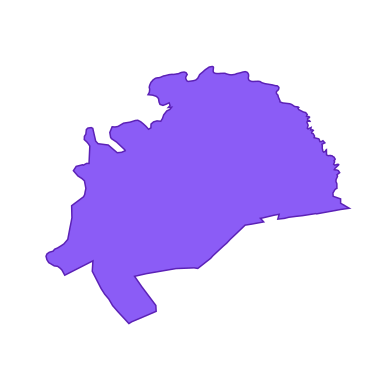 outline of Fresnillo de Trujano, Oaxaca, Mexico, rotated 82°
{"feature_id": "50627088B98936823972638", "entity_name": "Fresnillo de Trujano", "entity_type": "district", "adm_level": 2, "iso_a3": "MEX", "parent_name": "Mexico", "parent_adm1": "Oaxaca", "projection": "natural_earth1", "projection_center": [-98.145, 17.929], "detail": "fine", "context": "isolated", "style": "filled", "palette": "violet", "viewbox_px": 384, "rotation_deg": 82, "n_neighbors": 0, "source": "geoboundaries", "source_scale": "gbopen_adm2", "svg_char_len": 4252}
<svg xmlns="http://www.w3.org/2000/svg" viewBox="0 0 384 384"><g transform="rotate(82 192 192)"><path d="M180.9,47.0L180.4,46.7L179.9,45.8L179.1,45.7L178.4,46.1L177.4,46.4L177.0,46.8L176.9,47.0L176.4,47.6L176.0,48.0L175.7,48.2L175.3,49.3L175.4,49.5L175.1,49.8L175.0,50.7L175.0,52.1L174.4,53.0L173.9,53.6L168.9,53.0L169.4,53.9L170.4,54.3L170.8,56.1L169.5,56.9L168.5,56.7L167.5,56.9L166.4,56.9L164.4,56.5L162.8,56.7L161.8,53.6L159.4,55.2L160.1,56.8L159.9,58.3L157.4,58.8L156.9,59.3L155.2,63.5L153.6,62.9L151.1,63.9L150.4,65.2L149.4,65.2L147.9,63.3L147.3,63.8L147.0,65.9L144.7,65.1L145.7,68.3L145.1,68.9L143.8,68.5L142.0,67.7L139.0,68.5L138.0,68.0L138.4,65.4L137.7,65.7L136.8,67.5L135.3,67.3L134.7,65.4L134.2,65.2L133.6,65.8L133.1,68.1L131.2,67.1L130.1,67.9L129.2,68.3L128.2,70.7L125.2,74.9L123.8,75.4L123.1,74.5L122.5,75.2L122.0,77.1L121.6,78.5L119.2,81.1L118.2,82.9L117.6,85.2L116.4,89.8L114.9,92.4L113.6,92.2L112.6,92.6L111.6,92.8L110.8,93.1L109.6,93.3L109.0,93.4L108.1,93.4L106.7,94.4L105.7,94.7L104.6,94.5L103.8,93.7L103.2,92.7L102.3,91.9L101.5,91.6L100.5,91.4L100.2,91.6L99.5,92.1L98.8,92.7L98.6,93.1L98.5,94.1L97.8,95.9L97.1,97.5L95.8,101.7L94.9,104.6L93.5,107.6L92.1,109.2L91.6,110.8L91.4,112.6L91.3,113.6L91.2,114.7L91.1,116.1L90.8,117.5L90.4,118.4L89.9,119.2L89.4,119.8L88.5,120.3L87.1,120.4L86.2,120.2L85.1,119.8L84.1,119.7L83.9,119.7L83.3,119.7L82.4,120.0L81.6,120.4L80.9,121.0L80.5,122.0L80.2,122.6L80.3,125.2L80.7,127.6L81.0,131.3L81.5,133.0L81.5,136.5L81.2,138.0L80.8,139.2L80.2,140.6L79.7,141.7L79.0,142.9L78.5,147.1L78.5,148.2L78.3,149.8L78.1,151.1L77.7,152.5L77.1,153.5L76.1,154.2L74.9,154.2L73.7,153.9L72.5,153.6L71.6,153.4L71.1,153.5L70.7,154.1L70.5,154.5L70.6,156.3L70.6,157.0L70.8,158.0L71.4,159.1L72.0,160.3L72.6,161.6L73.4,162.9L74.0,163.7L74.8,164.9L76.0,166.9L76.9,168.2L77.6,168.6L78.8,169.5L80.2,170.5L81.0,171.7L81.7,172.8L82.0,175.4L82.0,180.3L81.7,181.0L81.0,181.7L79.8,182.1L78.6,182.4L77.4,182.2L76.7,181.7L75.9,181.2L75.1,180.4L74.0,180.8L73.0,181.3L72.5,182.2L72.1,183.1L72.1,184.1L72.1,185.0L72.1,185.5L72.2,186.2L72.4,187.2L72.8,188.2L73.0,189.5L72.9,190.6L73.0,191.7L73.0,192.8L73.0,193.9L72.7,195.5L72.6,198.2L73.1,202.8L73.1,204.0L73.7,206.1L74.1,207.5L74.2,209.2L74.1,210.5L74.3,212.4L75.1,214.0L75.9,215.4L76.6,216.0L77.6,217.3L78.7,218.0L80.0,218.8L81.2,219.4L82.5,219.8L84.2,219.6L86.0,220.0L87.4,220.4L89.5,222.0L90.6,217.5L92.4,213.9L94.7,212.2L98.4,212.1L100.8,211.5L102.2,208.7L101.5,205.5L100.5,202.2L103.3,201.7L105.0,203.7L105.2,200.4L107.2,202.5L108.2,205.7L111.7,209.3L115.1,211.0L117.6,213.1L116.7,216.8L117.2,220.3L119.0,223.1L122.8,223.8L123.8,226.3L120.5,228.5L117.8,230.7L115.3,233.0L113.4,235.7L113.3,238.2L114.2,243.6L114.3,250.2L116.8,256.2L116.9,259.3L116.3,262.0L121.6,265.1L126.4,265.0L127.9,264.4L132.1,259.7L140.8,252.7L141.8,252.4L142.9,256.2L142.7,260.6L133.8,268.4L131.1,278.3L128.2,280.3L115.2,281.4L114.2,282.8L114.2,286.2L115.4,287.9L120.0,289.1L121.9,290.8L125.1,291.4L127.9,289.1L130.0,287.8L132.3,286.8L149.4,290.0L149.0,292.3L150.3,295.9L149.8,296.6L150.5,303.1L154.4,306.5L160.3,302.7L163.4,299.1L165.9,297.0L169.3,296.8L173.7,296.6L177.0,297.8L179.5,298.6L181.6,300.0L188.8,313.1L200.8,314.5L204.1,315.6L208.4,317.1L209.5,317.5L221.6,321.6L225.6,326.1L227.0,329.0L228.7,332.9L229.5,335.9L231.3,337.9L231.8,341.7L233.1,344.2L235.3,345.5L238.8,345.1L242.0,343.7L246.0,338.7L246.9,335.4L249.2,333.1L251.3,331.6L256.7,329.6L246.9,301.2L246.4,299.7L256.6,301.8L275.1,295.4L281.0,292.7L286.4,289.3L293.5,286.4L301.0,281.5L313.5,272.8L312.1,269.7L305.2,244.1L299.3,243.6L288.6,249.5L278.5,255.1L267.5,260.6L266.5,248.6L265.6,218.5L267.4,200.5L268.5,196.9L260.3,182.8L258.0,180.1L249.9,168.5L247.5,164.8L244.3,160.9L236.9,150.5L232.2,144.0L232.1,137.5L231.6,125.2L227.6,127.9L227.6,126.6L226.4,114.0L226.2,108.8L230.8,110.8L231.0,104.2L230.5,99.6L230.6,91.9L230.8,86.0L230.6,72.6L231.0,71.6L230.0,47.1L230.0,38.5L223.8,46.4L219.5,45.8L215.9,52.8L212.7,52.6L209.7,50.3L208.9,49.2L208.6,48.0L204.0,47.4L201.7,48.0L199.7,47.6L196.7,45.7L195.1,46.0L193.4,43.1L191.2,44.1L190.3,45.6L190.0,47.3L189.7,48.0L188.5,47.1L185.7,43.2L185.4,42.9L185.1,43.0L184.8,44.3L185.3,46.8L184.3,47.9L183.6,47.6L182.6,46.9L181.8,46.6L180.9,47.0Z" fill="#8b5cf6" stroke="#5b21b6" stroke-width="1.5"/></g></svg>